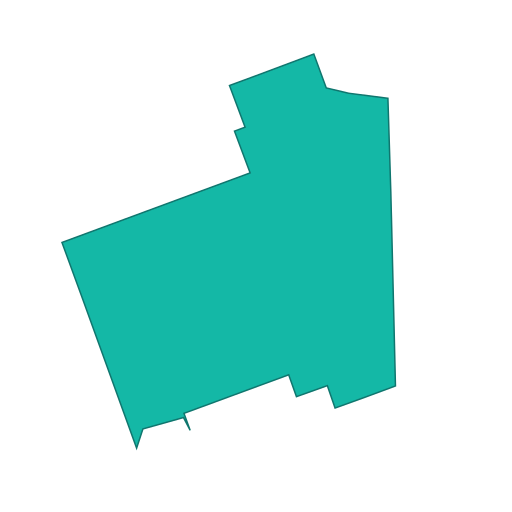 Carroll, Mississippi, United States of America (Mercator projection), rotated 250°
{"feature_id": "52423323B85460642411407", "entity_name": "Carroll", "entity_type": "district", "adm_level": 2, "iso_a3": "USA", "parent_name": "United States of America", "parent_adm1": "Mississippi", "projection": "mercator", "projection_center": [-89.927, 33.446], "detail": "fine", "context": "isolated", "style": "filled", "palette": "teal", "viewbox_px": 512, "rotation_deg": 250, "n_neighbors": 0, "source": "geoboundaries", "source_scale": "gbopen_adm2", "svg_char_len": 487}
<svg xmlns="http://www.w3.org/2000/svg" viewBox="0 0 512 512"><g transform="rotate(250 256 256)"><path d="M116.3,78.1L132.2,90.6L129.0,132.6L114.7,134.5L132.8,134.5L133.2,246.1L110.0,245.9L109.8,278.7L86.1,278.3L86.0,311.2L86.2,342.6L245.1,396.2L252.9,398.8L269.2,404.3L359.1,433.9L377.2,398.8L389.9,379.5L426.0,379.4L425.4,317.2L425.3,289.4L391.4,289.7L380.8,289.8L380.7,278.5L336.1,278.9L335.1,78.3L276.4,78.4L116.3,78.1Z" fill="#14b8a6" stroke="#0f766e" stroke-width="1.5"/></g></svg>